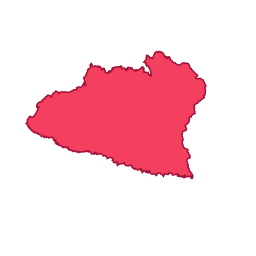 Alvarado, Tolima, Colombia, rotated 63°
{"feature_id": "7082276B11869280897475", "entity_name": "Alvarado", "entity_type": "district", "adm_level": 2, "iso_a3": "COL", "parent_name": "Colombia", "parent_adm1": "Tolima", "projection": "albers", "projection_center": [-75.005, 4.576], "detail": "fine", "context": "isolated", "style": "filled", "palette": "rose", "viewbox_px": 256, "rotation_deg": 63, "n_neighbors": 0, "source": "geoboundaries", "source_scale": "gbopen_adm2", "svg_char_len": 5729}
<svg xmlns="http://www.w3.org/2000/svg" viewBox="0 0 256 256"><g transform="rotate(63 128 128)"><path d="M95.0,49.3L94.8,50.7L95.5,51.9L94.6,55.0L92.1,56.4L91.3,56.4L90.9,57.4L89.3,58.2L88.0,58.3L86.7,59.2L84.8,58.7L84.1,59.8L83.3,59.1L82.8,60.4L83.7,61.2L83.0,61.9L82.3,62.2L81.7,61.5L81.1,62.0L81.3,62.7L80.2,63.0L79.8,63.5L78.8,62.7L77.6,62.5L76.4,63.4L75.8,63.5L74.5,64.8L73.8,65.8L74.0,67.0L72.8,67.8L73.3,68.8L73.1,69.8L77.2,74.7L75.6,75.7L75.4,76.9L74.5,76.7L72.7,77.3L71.7,78.2L73.3,79.7L75.0,80.4L76.5,84.0L76.9,83.3L77.9,83.2L78.4,82.4L79.8,82.5L79.8,83.2L81.5,83.1L81.8,81.8L82.1,81.6L84.3,82.0L85.0,81.6L87.5,82.2L88.7,82.0L89.6,82.9L91.6,83.2L92.1,83.7L90.6,84.2L90.9,85.1L90.7,85.2L89.8,85.0L88.8,85.4L87.6,84.9L86.6,86.7L85.6,87.7L85.8,88.3L85.5,88.6L84.5,88.2L83.9,87.5L82.8,87.7L82.2,86.7L81.1,86.8L80.0,87.4L80.0,88.0L81.0,89.0L80.5,89.8L81.1,91.2L80.5,93.5L79.7,94.3L80.8,94.7L80.9,95.2L79.3,96.4L78.6,96.5L77.4,97.8L76.4,97.2L76.2,98.7L75.2,98.5L75.0,99.8L74.0,100.2L73.9,100.8L74.5,101.6L76.0,101.9L75.8,103.9L75.5,104.0L74.5,102.7L72.6,104.5L72.7,106.1L71.3,106.7L70.5,105.6L70.0,105.7L69.6,106.3L69.5,108.3L69.1,108.8L69.2,109.6L68.4,110.2L68.0,111.6L68.3,112.8L67.7,112.9L67.7,113.5L67.3,114.5L68.8,114.9L68.9,115.2L68.4,115.7L70.1,117.2L70.0,117.7L69.1,117.9L68.5,118.6L68.9,119.3L69.9,119.3L70.4,119.8L70.1,120.4L69.2,120.6L69.5,121.4L69.3,122.3L67.2,123.1L66.8,122.2L65.3,122.6L64.2,122.1L63.5,123.1L64.5,124.9L62.0,124.8L61.5,125.2L60.9,124.9L60.8,125.5L59.9,125.9L60.4,126.6L60.3,127.0L60.0,127.2L59.2,126.8L58.8,127.9L57.6,129.2L57.8,129.7L57.6,130.8L56.5,131.9L55.0,131.1L54.7,131.3L54.9,131.7L53.9,131.6L54.7,133.2L55.3,133.1L55.3,133.4L56.8,133.9L57.5,134.5L57.3,136.4L57.6,137.1L59.7,138.7L59.9,139.4L60.8,140.1L61.3,141.1L62.8,142.8L63.0,144.6L69.2,145.8L68.0,145.7L67.7,146.4L70.2,146.2L71.0,146.5L70.7,147.0L68.7,147.5L68.5,147.8L69.9,149.7L70.3,150.9L70.1,152.0L69.1,153.1L68.8,153.9L68.9,155.6L70.3,156.3L70.5,156.8L69.4,158.5L69.6,161.9L69.4,164.6L67.4,167.5L65.4,171.5L65.3,172.6L66.1,173.6L63.7,174.5L62.3,175.5L62.9,176.6L63.0,178.6L63.5,179.7L65.2,181.7L65.5,182.6L64.3,182.6L63.6,182.9L62.5,184.3L62.3,185.2L63.1,186.0L62.9,187.1L63.7,188.7L64.2,191.8L65.5,192.4L64.7,194.2L64.9,196.8L65.5,197.4L65.4,198.0L66.1,198.8L67.8,199.7L67.8,198.9L69.1,198.1L69.3,199.3L70.7,200.0L72.7,202.8L74.5,206.0L75.2,208.1L73.2,210.0L73.1,210.7L74.3,212.2L74.8,213.7L76.9,215.0L77.7,216.7L79.4,215.9L80.2,216.4L80.6,215.6L81.1,216.1L81.6,215.9L82.1,216.3L82.7,215.6L83.2,215.9L84.6,215.2L85.0,215.6L85.6,215.1L86.5,215.2L86.6,214.5L88.7,214.1L89.5,213.5L89.2,213.0L90.1,213.0L90.1,212.5L91.1,211.9L91.4,210.8L92.1,211.1L92.4,210.1L93.0,210.4L93.6,210.2L94.7,208.5L95.7,208.6L95.9,209.1L96.3,209.1L96.2,208.2L96.6,207.4L97.5,207.0L97.4,206.6L98.1,206.8L97.8,206.3L98.4,206.0L98.4,205.4L99.3,205.3L99.4,205.0L99.0,204.7L99.5,204.6L99.7,203.4L100.9,203.1L100.8,202.5L101.4,201.5L101.8,199.5L102.7,199.3L103.4,199.6L104.1,199.0L105.0,199.8L105.8,199.1L106.0,198.3L106.5,199.2L107.6,198.8L108.2,199.3L108.0,198.0L109.2,198.4L109.7,197.8L110.0,197.9L110.1,198.7L111.3,197.8L110.8,197.0L112.4,197.2L113.0,195.8L115.7,195.0L115.7,193.8L116.3,193.9L116.4,193.0L117.0,192.5L116.8,191.8L118.0,191.4L118.0,190.1L118.7,190.0L119.3,190.8L119.8,190.9L121.4,190.0L121.1,189.4L121.6,188.9L124.0,187.8L123.7,186.0L124.8,185.8L125.9,184.8L126.4,183.1L127.3,183.3L127.1,182.6L127.8,181.9L128.2,179.9L129.4,178.0L129.2,176.2L130.3,175.6L130.0,173.9L130.9,174.2L131.5,173.9L131.8,172.4L133.3,172.1L134.4,172.5L135.1,170.9L136.0,169.9L135.8,169.4L134.8,168.7L134.7,168.2L135.4,167.7L136.4,168.2L137.5,167.8L137.3,166.5L138.4,165.3L138.2,164.2L138.5,163.6L141.8,162.6L141.9,161.3L143.1,160.3L145.8,160.4L145.9,157.3L148.3,155.4L149.0,155.4L149.7,156.6L150.6,155.8L151.8,156.6L153.6,154.8L153.7,154.3L153.1,153.7L154.1,152.9L155.5,153.3L155.9,154.5L156.6,154.4L156.1,152.4L157.4,149.0L157.2,147.1L158.6,147.4L160.2,147.3L161.8,145.0L162.7,141.9L163.2,141.7L164.6,142.2L165.1,141.4L166.0,141.8L167.8,140.8L167.4,139.8L168.2,139.6L170.1,138.1L169.7,137.5L170.1,136.4L170.1,134.6L170.8,134.9L171.3,135.9L171.7,135.9L172.4,134.7L173.8,135.6L174.2,135.6L173.3,133.0L174.3,132.3L175.4,132.3L175.6,131.8L174.4,130.7L175.7,130.3L176.5,131.0L177.3,130.0L177.1,129.1L176.1,129.3L175.8,128.5L176.6,128.3L178.3,128.5L179.5,128.2L181.0,125.5L181.0,124.8L183.2,124.4L183.0,123.6L181.6,122.3L182.7,120.1L184.1,119.5L184.8,118.8L187.2,118.3L185.6,116.2L185.9,115.2L187.0,114.5L187.7,113.0L187.5,112.6L186.3,112.3L186.3,111.9L188.4,109.7L189.7,109.8L190.3,109.5L191.5,104.6L192.3,104.6L192.6,105.5L193.6,105.5L194.3,104.4L193.8,103.7L195.4,103.0L195.2,102.0L195.9,101.9L197.7,100.7L197.6,100.0L196.4,100.2L196.0,99.5L195.0,99.3L198.1,98.6L197.8,96.8L199.1,96.0L199.2,93.8L200.1,93.5L201.0,94.6L202.0,94.0L202.1,93.6L200.4,92.1L199.5,91.8L194.5,92.4L193.1,92.9L191.7,91.9L190.3,92.4L189.4,92.3L189.0,91.4L188.4,91.0L187.5,91.5L186.2,90.8L184.1,90.8L182.7,89.1L182.2,87.8L182.8,86.5L181.2,85.3L178.8,85.7L177.5,85.3L175.9,85.8L174.7,84.5L174.1,84.5L173.6,84.9L172.8,86.3L170.0,87.2L165.6,86.4L164.8,85.9L163.5,84.2L158.5,83.1L157.3,81.8L156.3,81.4L155.8,80.6L156.5,77.9L156.1,76.9L155.3,76.3L154.1,76.0L152.1,76.3L150.3,70.9L146.4,68.4L146.8,66.6L145.8,65.7L145.4,64.7L145.5,61.7L143.2,60.9L141.5,60.7L140.1,59.4L138.1,59.3L137.8,57.9L137.3,57.3L137.5,54.9L136.4,53.0L136.6,51.5L135.6,47.9L135.7,46.4L135.1,46.0L133.7,46.1L133.5,44.7L133.0,44.0L129.2,41.7L126.9,41.2L126.0,39.5L119.3,39.3L116.6,41.1L116.1,42.0L116.0,43.3L114.6,45.0L113.7,44.5L113.2,42.5L112.5,42.0L111.2,42.8L105.4,44.6L103.8,44.6L102.7,45.6L100.7,44.9L98.3,45.0L96.9,46.1L96.6,47.4L95.7,48.0L95.6,48.9L95.0,49.3Z" fill="#f43f5e" stroke="#9f1239" stroke-width="1.5"/></g></svg>